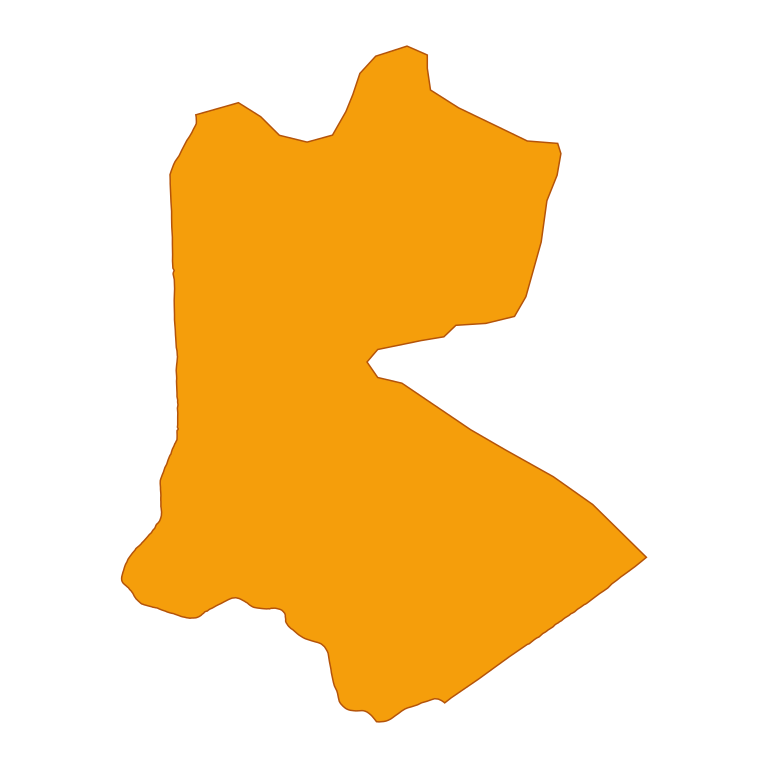 Paso Carrasco, Canelones, Uruguay
{"feature_id": "84410073B40215071116328", "entity_name": "Paso Carrasco", "entity_type": "district", "adm_level": 2, "iso_a3": "URY", "parent_name": "Uruguay", "parent_adm1": "Canelones", "projection": "mercator", "projection_center": [-56.043, -34.847], "detail": "fine", "context": "isolated", "style": "filled", "palette": "amber", "viewbox_px": 768, "rotation_deg": 0, "n_neighbors": 0, "source": "geoboundaries", "source_scale": "gbopen_adm2", "svg_char_len": 5429}
<svg xmlns="http://www.w3.org/2000/svg" viewBox="0 0 768 768"><path d="M195.8,114.8L196.2,117.1L196.4,121.3L196.3,123.7L195.2,126.0L193.4,129.3L192.0,132.3L189.6,136.4L186.8,140.5L181.8,150.1L179.2,155.6L175.1,161.5L173.6,164.6L171.2,171.0L170.0,174.7L170.1,176.9L170.2,180.7L170.2,183.6L170.4,188.2L170.8,197.2L171.0,202.2L171.6,211.4L171.6,217.5L171.7,223.1L171.8,227.1L172.4,237.3L172.4,244.1L172.6,254.6L172.5,260.9L172.9,268.1L174.2,270.6L173.4,272.3L173.1,273.9L174.3,279.6L174.6,288.8L174.2,300.3L174.3,306.5L174.5,314.5L174.5,319.9L175.3,330.1L175.5,335.1L175.8,339.0L176.3,347.5L177.0,350.7L177.2,353.5L177.3,355.5L177.5,356.6L177.0,362.2L176.7,364.4L176.4,367.7L176.2,370.6L176.6,376.1L176.7,378.6L176.5,381.2L176.6,383.9L177.0,393.0L177.0,396.7L177.7,400.0L177.6,402.1L178.0,404.9L177.4,408.1L177.8,413.1L177.7,416.9L177.7,420.0L177.7,425.0L177.4,427.1L177.7,427.8L178.2,428.7L178.0,429.6L177.1,430.4L177.0,431.8L177.1,434.5L177.1,436.5L177.0,439.7L176.1,441.4L175.4,442.9L174.8,443.8L174.0,445.9L173.2,447.5L172.4,449.1L171.6,451.5L171.2,453.0L170.8,454.3L170.1,455.1L169.5,456.4L168.7,458.4L168.2,459.6L167.6,461.4L166.9,463.7L166.2,465.2L165.4,466.6L164.8,467.8L164.4,469.1L164.0,470.3L163.5,471.9L162.2,475.0L161.4,477.2L160.8,478.8L160.3,480.5L160.2,483.2L160.3,484.9L160.5,487.3L160.5,489.2L160.6,490.8L160.8,493.1L160.9,495.7L160.8,497.6L160.8,500.3L160.9,501.6L160.9,503.5L160.9,505.2L160.9,506.6L161.1,507.7L161.4,510.5L161.6,512.1L161.5,513.4L161.4,515.5L160.8,517.8L159.9,520.3L159.4,521.3L158.4,522.5L157.6,523.5L156.9,524.0L156.6,524.2L155.9,525.5L155.2,527.3L154.6,528.5L153.6,529.4L152.8,530.4L152.1,531.5L151.4,532.7L150.4,533.6L149.3,534.6L147.6,536.7L146.2,538.3L143.6,541.2L141.8,543.0L141.0,544.1L139.3,545.7L137.6,547.1L136.2,548.3L135.6,549.0L135.2,549.9L133.5,551.9L132.5,553.0L131.7,554.1L130.2,556.1L129.0,557.8L128.1,559.1L127.4,560.7L126.8,562.2L126.1,563.3L125.5,564.5L125.0,565.8L124.8,566.3L124.2,568.2L123.7,570.1L122.9,572.4L122.4,574.3L121.8,576.6L121.6,578.2L121.7,580.1L122.1,581.4L122.9,582.8L123.8,583.8L124.6,584.5L125.5,585.3L126.6,586.2L127.3,586.9L128.4,587.7L129.7,589.5L131.3,591.1L132.0,592.2L132.8,593.2L133.6,594.8L134.4,596.4L135.4,597.8L136.1,598.9L137.2,599.9L138.2,600.9L139.2,601.8L140.2,602.7L140.7,603.2L141.9,604.0L143.1,604.3L144.2,604.8L145.5,605.1L147.2,605.6L148.7,606.0L150.2,606.4L151.5,606.7L152.8,607.2L154.2,607.4L155.4,607.7L156.9,607.9L158.0,608.3L158.9,608.8L160.4,609.4L161.9,610.0L163.7,610.6L165.5,611.2L167.0,611.9L168.6,612.4L170.2,612.9L171.9,613.3L173.5,613.6L175.2,614.3L177.0,614.9L179.0,615.6L181.0,616.4L182.9,616.9L184.6,617.2L186.5,617.7L188.0,617.9L189.9,618.2L191.7,618.0L193.3,618.0L194.7,617.9L195.9,617.8L197.5,617.3L198.9,616.7L199.9,616.1L201.1,615.3L202.2,614.2L203.6,613.2L204.7,611.9L206.4,611.2L207.2,611.1L208.8,609.8L209.7,609.2L210.8,608.7L212.2,608.1L213.8,607.2L216.2,605.8L218.8,604.5L220.6,603.7L222.3,602.8L224.1,601.8L225.9,600.9L227.6,600.0L229.1,599.3L230.5,598.7L232.1,598.1L234.0,597.9L235.8,597.7L237.4,598.1L239.1,598.5L240.9,599.3L242.7,600.3L244.6,601.3L245.9,602.2L246.9,602.7L247.4,603.0L248.8,604.3L250.1,605.3L251.7,606.3L253.0,607.0L254.2,607.4L255.8,607.7L257.5,608.0L259.3,608.2L261.6,608.5L263.7,608.7L265.3,608.8L266.9,608.9L268.2,608.7L269.3,608.9L271.2,608.3L272.6,608.3L273.8,608.2L275.3,608.2L277.2,608.6L278.7,609.0L279.9,609.3L281.7,610.1L283.2,611.5L284.7,613.3L285.3,615.0L285.3,616.6L285.6,618.5L285.7,619.7L285.6,621.1L286.1,622.6L286.9,623.8L287.7,625.1L288.7,626.4L289.8,627.4L290.9,628.5L292.8,629.7L297.2,633.6L298.8,634.9L301.0,636.3L302.9,637.5L305.3,638.7L307.7,639.5L311.4,640.7L315.5,641.9L317.5,642.4L319.5,643.1L321.4,644.0L322.9,645.3L324.5,646.7L325.9,648.9L327.2,651.1L328.1,653.2L328.5,655.6L329.5,661.9L330.3,665.9L330.9,669.0L331.4,672.8L332.2,676.6L333.4,682.3L334.4,685.9L335.6,688.4L336.8,690.8L337.6,693.5L338.4,697.7L339.3,701.4L340.6,703.6L342.8,706.0L344.6,707.6L346.3,708.8L348.3,709.7L350.4,710.3L353.7,710.7L355.9,710.9L358.3,710.8L360.1,710.7L361.9,710.6L363.4,710.7L365.2,711.2L367.2,712.1L368.9,713.3L370.7,714.8L372.1,716.2L373.6,718.0L375.3,720.1L376.5,721.7L379.0,721.9L381.4,721.7L383.8,721.5L386.2,721.0L388.3,720.2L390.7,719.0L392.6,717.7L395.4,715.6L398.7,713.3L401.7,711.0L404.9,709.0L407.8,707.8L411.4,706.8L417.6,704.8L421.6,702.8L426.9,701.3L431.7,699.6L434.7,698.7L438.4,699.1L441.4,700.5L443.8,702.1L444.7,702.9L446.0,701.9L451.2,697.8L478.8,678.9L496.8,665.8L509.5,656.6L527.3,644.4L529.3,643.7L531.1,642.2L534.2,639.7L536.7,638.0L539.1,636.9L542.8,633.5L545.3,632.1L546.6,631.2L547.9,630.1L549.3,629.2L552.3,627.3L553.4,626.5L554.7,625.0L556.4,623.8L558.3,622.8L559.5,621.8L561.5,620.7L563.3,619.1L565.2,617.7L569.0,615.4L570.8,613.8L572.7,612.9L574.6,611.8L577.4,609.3L580.8,607.1L584.4,604.5L585.5,604.1L586.9,603.2L594.5,597.4L599.7,593.5L603.5,591.0L607.8,588.0L611.8,583.9L617.2,579.9L620.7,577.0L626.3,573.0L635.0,566.6L641.2,561.6L646.4,557.3L592.8,504.6L553.3,476.7L505.6,450.0L470.6,429.7L401.9,383.2L377.7,377.5L367.0,362.0L377.7,349.5L421.0,340.6L443.9,336.8L455.9,325.3L485.8,323.4L514.5,316.4L525.9,296.7L541.2,242.0L546.9,200.7L557.1,175.2L560.9,153.6L557.7,143.4L527.3,141.0L492.8,124.3L458.5,107.8L430.5,90.0L427.3,68.3L427.3,55.0L407.0,46.1L375.7,56.2L359.9,73.4L352.9,94.4L345.9,111.6L332.5,135.1L307.1,142.1L279.4,135.3L260.7,116.7L238.4,102.7L219.1,108.2L195.8,114.8Z" fill="#f59e0b" stroke="#b45309" stroke-width="1.5"/></svg>